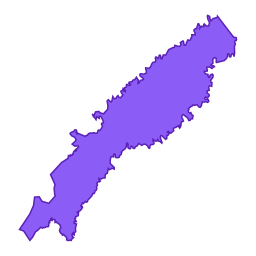 outline of Santiago Yaveo, Oaxaca, Mexico
{"feature_id": "50627088B23912384176542", "entity_name": "Santiago Yaveo", "entity_type": "district", "adm_level": 2, "iso_a3": "MEX", "parent_name": "Mexico", "parent_adm1": "Oaxaca", "projection": "equal_earth", "projection_center": [-95.477, 17.488], "detail": "fine", "context": "isolated", "style": "filled", "palette": "violet", "viewbox_px": 256, "rotation_deg": 0, "n_neighbors": 0, "source": "geoboundaries", "source_scale": "gbopen_adm2", "svg_char_len": 5777}
<svg xmlns="http://www.w3.org/2000/svg" viewBox="0 0 256 256"><path d="M29.9,240.4L32.6,237.2L35.6,231.7L37.6,230.4L40.8,227.2L42.3,228.2L43.7,227.4L44.6,227.7L46.4,226.7L48.2,226.7L48.7,226.0L48.9,222.5L49.7,222.6L49.5,220.9L50.9,220.5L50.7,218.8L51.6,219.0L51.8,218.5L52.2,219.5L51.8,220.9L53.1,219.4L54.9,219.6L55.0,222.5L56.5,221.9L56.9,222.7L59.9,224.7L60.8,227.7L60.0,228.7L59.5,230.7L59.9,231.9L61.0,233.5L61.8,233.8L62.2,234.8L62.7,235.2L63.2,234.5L63.8,234.8L66.3,237.3L66.7,238.1L66.6,239.9L68.2,240.6L69.3,240.2L71.2,240.5L72.1,238.7L73.6,237.6L72.3,236.2L72.0,234.1L73.1,232.9L73.0,234.3L74.2,234.9L74.2,233.1L75.7,231.6L75.4,228.2L76.5,224.0L74.2,223.3L74.1,221.5L74.9,221.1L75.9,221.9L76.3,221.5L74.7,218.6L75.8,217.9L75.6,216.6L78.2,215.7L78.6,212.7L78.2,212.5L77.7,213.1L77.2,212.6L77.4,211.9L79.9,210.9L81.7,208.9L81.9,207.7L82.5,207.6L82.2,206.4L81.3,206.5L80.8,206.0L81.9,204.4L82.1,203.0L82.5,202.8L83.5,203.5L85.3,201.4L86.1,202.2L87.3,201.8L87.9,200.1L91.7,196.1L92.9,193.4L93.9,193.6L94.6,192.8L94.9,191.2L96.2,190.2L96.8,188.8L96.5,186.6L97.5,185.0L96.8,183.3L98.5,181.5L99.6,181.8L100.4,181.0L99.0,179.4L98.8,178.4L101.2,179.0L103.2,178.0L105.0,178.0L105.3,174.4L107.3,173.3L108.2,168.5L109.4,169.7L112.2,168.3L114.3,169.1L114.3,167.5L110.3,163.6L110.1,161.4L110.6,158.2L111.2,156.9L112.3,156.5L113.5,156.9L113.7,154.5L114.2,153.9L115.3,154.6L115.4,156.9L116.0,157.6L118.1,157.7L119.4,157.1L119.5,155.8L121.2,154.4L121.7,152.3L121.4,152.2L122.0,151.2L125.0,148.9L126.1,147.4L126.8,143.1L127.5,143.3L128.2,144.5L127.8,146.4L128.2,148.0L129.8,148.9L130.7,148.2L131.2,146.2L131.7,146.2L132.5,146.7L133.3,148.4L134.5,148.4L135.4,146.8L137.1,145.9L138.8,143.5L141.8,145.4L143.8,144.1L145.5,144.3L147.4,145.7L148.7,148.1L149.4,148.2L149.1,148.6L149.6,148.3L150.1,145.5L151.4,144.6L153.3,144.4L154.0,143.7L154.1,143.2L153.0,140.7L153.0,139.3L155.3,141.2L156.8,141.0L157.7,139.4L158.3,141.0L160.3,141.7L161.8,143.2L162.1,142.5L160.8,139.3L160.3,136.5L160.8,135.6L161.8,135.7L165.6,139.4L166.8,138.5L166.8,135.5L167.8,135.4L168.7,134.5L168.5,132.8L167.4,132.2L167.8,131.5L168.6,131.4L170.1,133.2L170.8,133.2L173.7,130.8L173.4,128.6L174.2,127.8L176.0,127.4L177.3,126.2L178.6,126.5L179.6,128.1L180.5,127.0L178.8,125.7L179.0,125.3L180.9,125.5L181.3,122.1L183.4,121.2L182.9,119.4L181.6,117.4L182.4,114.9L183.3,114.6L187.5,117.8L188.9,120.6L190.1,120.3L191.1,118.7L192.5,118.8L193.1,115.6L191.7,114.6L190.8,112.5L189.6,113.1L188.4,111.8L188.2,111.0L188.9,109.7L188.4,108.8L190.9,106.6L192.1,106.1L192.6,105.0L194.7,105.4L196.8,104.6L199.2,107.2L200.2,107.3L201.2,106.1L202.3,101.9L204.2,102.1L205.7,101.6L207.6,102.4L208.7,101.6L208.6,100.2L207.7,99.0L205.6,99.5L204.7,98.6L204.7,98.0L205.6,97.0L207.7,97.7L209.2,95.9L209.0,94.4L207.2,93.0L207.0,91.0L209.3,90.3L208.6,87.3L209.2,86.2L209.9,85.8L211.7,86.3L212.0,82.6L210.9,81.9L210.5,80.7L212.8,77.4L213.2,75.3L212.4,74.1L210.8,74.6L209.9,75.7L209.5,77.2L209.0,77.4L208.1,76.5L208.0,74.4L205.7,73.9L204.4,72.4L204.4,71.3L207.2,71.1L207.4,69.6L206.7,68.2L206.8,67.1L209.6,67.0L212.0,68.5L213.4,67.0L214.4,66.7L213.7,65.8L211.7,65.9L210.9,65.2L212.9,63.2L212.8,59.4L214.5,57.6L215.7,57.8L216.2,58.6L216.2,62.3L216.5,62.5L224.3,60.6L226.6,58.3L227.3,56.8L227.6,54.3L228.4,53.8L229.2,54.3L229.3,56.4L230.0,57.0L230.8,56.8L231.4,54.4L232.3,53.6L233.2,53.9L233.7,55.8L234.1,56.0L234.6,53.3L234.4,46.5L235.4,43.9L234.5,42.2L235.3,40.5L236.2,40.5L236.5,39.9L236.2,37.6L233.6,37.2L217.5,16.2L217.4,17.3L212.9,18.7L211.0,20.9L210.1,19.1L209.6,16.4L207.7,15.4L207.3,16.0L207.8,18.9L209.5,22.6L208.7,25.8L206.7,26.2L204.2,23.9L203.7,24.8L203.9,26.6L201.7,26.2L199.9,28.1L200.2,26.4L199.4,25.4L198.7,23.7L198.0,23.8L196.5,28.7L195.4,28.6L194.0,29.8L194.1,31.3L194.9,32.4L195.1,34.9L191.8,34.7L191.8,37.0L190.9,38.2L190.3,40.0L189.7,40.4L187.8,39.9L186.5,42.7L186.1,44.6L184.7,45.3L184.1,45.0L183.5,41.4L182.9,40.9L180.3,42.6L181.0,44.5L180.2,46.1L178.4,46.4L174.9,45.3L174.3,47.4L172.6,47.7L168.6,49.7L165.8,55.0L163.3,54.9L161.9,58.8L160.9,58.7L160.7,56.0L159.9,55.0L159.1,55.5L158.8,57.5L158.1,58.5L157.6,58.5L156.8,57.1L155.8,57.0L155.3,58.0L155.8,60.8L155.4,61.8L152.9,62.4L151.5,64.3L151.0,66.2L149.0,68.4L145.7,67.8L145.6,68.9L146.4,71.5L146.2,73.1L143.6,74.2L140.7,73.7L140.1,74.0L139.8,75.1L140.3,76.2L143.3,78.4L143.4,79.7L140.9,80.2L140.0,81.0L138.8,83.2L138.0,83.5L138.4,80.3L136.4,77.2L134.9,79.5L132.8,80.2L132.0,81.7L129.1,82.2L128.8,83.4L130.6,84.3L130.0,85.3L128.4,85.3L127.5,84.5L126.5,84.5L126.3,87.1L124.6,87.6L124.1,88.3L125.3,90.5L125.4,91.6L124.0,91.1L123.7,89.7L123.0,88.7L122.5,90.5L120.9,91.1L121.2,92.6L122.9,94.9L120.6,97.7L118.7,97.2L118.0,95.6L117.0,96.4L115.9,98.4L114.3,98.8L112.8,96.5L111.9,101.0L110.9,102.0L108.4,99.7L107.1,100.9L107.9,105.8L107.6,109.4L104.3,112.8L103.8,113.9L100.2,112.8L98.7,111.4L95.5,111.9L94.1,115.6L92.3,113.9L93.5,116.7L94.8,117.8L96.0,119.6L96.6,116.8L99.4,118.4L99.3,116.4L101.0,116.4L103.5,121.8L103.1,123.0L102.1,123.0L101.5,123.6L101.9,124.7L101.7,124.8L102.4,125.9L102.2,127.2L100.0,130.4L98.6,130.0L98.0,130.5L97.4,132.9L95.6,133.3L93.8,132.7L91.8,133.2L90.8,132.9L88.5,133.6L87.4,135.3L85.9,135.6L85.4,136.4L77.6,133.2L77.3,133.7L77.1,133.0L76.8,133.4L76.0,132.3L76.7,131.1L76.4,130.2L75.7,129.8L74.5,130.0L73.9,131.2L70.6,132.7L70.1,133.5L70.4,134.3L72.1,136.1L74.5,137.1L75.9,139.2L75.8,140.7L72.1,144.1L74.8,146.2L77.7,145.8L78.6,146.7L77.4,148.3L76.3,148.8L76.6,149.6L76.4,150.5L75.5,150.0L75.2,151.1L74.5,150.7L74.0,151.3L73.4,152.3L73.3,153.7L72.5,154.0L72.5,155.0L71.5,155.0L70.6,156.0L70.1,155.0L69.1,155.8L68.4,155.6L68.1,158.3L61.7,162.4L50.5,174.6L55.1,184.7L54.1,188.1L54.7,194.7L55.4,195.7L48.8,203.3L42.0,201.3L39.2,196.8L34.6,197.1L33.5,205.6L29.7,214.2L19.5,229.5L23.7,231.0L29.9,240.4Z" fill="#8b5cf6" stroke="#5b21b6" stroke-width="1.5"/></svg>